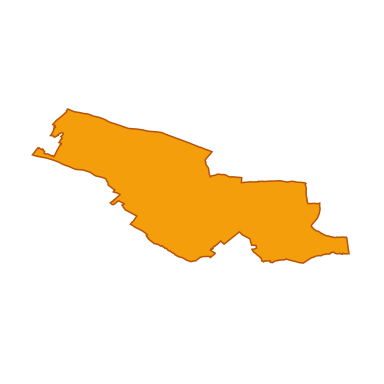 outline of Argetoaia, Dolj, Romania, rotated 186°
{"feature_id": "2599482B57573203776478", "entity_name": "Argetoaia", "entity_type": "district", "adm_level": 2, "iso_a3": "ROU", "parent_name": "Romania", "parent_adm1": "Dolj", "projection": "robinson", "projection_center": [23.353, 44.503], "detail": "fine", "context": "isolated", "style": "filled", "palette": "amber", "viewbox_px": 384, "rotation_deg": 186, "n_neighbors": 0, "source": "geoboundaries", "source_scale": "gbopen_adm2", "svg_char_len": 5996}
<svg xmlns="http://www.w3.org/2000/svg" viewBox="0 0 384 384"><g transform="rotate(186 192 192)"><path d="M323.3,261.3L323.9,261.3L324.6,261.4L325.1,259.1L325.3,259.1L325.2,258.9L325.2,258.6L325.5,258.2L325.7,257.9L326.2,257.3L326.8,257.0L327.5,256.0L329.4,253.9L331.7,251.6L334.5,248.9L337.6,244.5L335.1,243.7L336.1,242.3L334.7,242.0L336.1,240.4L336.2,240.0L336.2,238.4L337.1,236.6L337.2,235.9L337.5,235.1L338.6,233.4L335.2,233.1L335.1,232.3L334.1,232.2L331.0,234.5L331.3,234.9L330.7,235.3L330.0,236.1L328.8,236.7L327.8,237.6L326.5,237.1L326.2,236.7L326.4,235.5L326.5,235.2L327.8,233.8L328.2,233.5L326.9,232.1L327.3,231.6L327.0,231.2L328.0,230.3L328.5,229.5L328.8,228.3L329.5,227.3L326.8,226.6L327.2,225.3L327.9,225.4L330.9,218.4L332.8,212.8L333.7,213.0L334.2,213.5L334.8,213.6L334.9,213.3L335.5,213.2L338.4,214.5L339.5,214.8L340.9,214.5L341.6,214.6L343.1,215.1L343.0,215.5L342.8,217.0L343.1,217.3L344.1,217.7L344.6,218.9L345.0,219.1L345.4,218.6L347.0,218.9L348.8,220.0L349.4,219.4L349.9,219.8L353.6,213.8L354.6,212.3L352.1,211.7L350.2,211.4L346.5,211.1L345.3,210.9L340.5,210.6L333.1,209.2L327.1,207.6L323.4,206.0L322.3,205.7L316.8,204.4L310.8,202.5L309.4,202.3L303.1,202.5L302.0,202.4L295.1,200.9L290.6,198.4L289.7,198.0L283.4,197.2L281.0,196.7L279.3,196.2L279.0,195.9L277.8,193.9L276.4,192.4L276.2,190.3L275.5,189.8L275.4,189.6L274.6,189.2L269.9,186.4L269.1,186.2L270.3,183.9L268.2,183.5L266.5,183.3L265.9,182.9L265.7,183.1L265.1,182.7L263.5,182.0L263.2,181.8L268.1,176.6L268.9,176.0L268.9,175.6L269.3,175.1L269.6,175.0L269.7,174.5L270.3,174.4L270.6,173.9L271.1,173.6L271.6,172.9L272.0,172.7L270.2,171.2L269.2,171.1L267.5,172.2L267.2,172.6L264.2,175.6L258.1,173.2L259.2,172.2L260.3,171.6L260.0,171.3L259.7,171.4L258.8,169.9L257.1,167.8L256.1,167.1L251.7,165.4L244.4,162.3L247.4,156.6L248.4,155.9L249.9,153.5L247.3,152.5L246.0,151.5L244.6,150.9L237.2,148.1L234.3,146.4L233.0,145.4L232.0,144.9L231.9,144.7L232.9,143.8L231.9,142.6L231.6,142.1L231.1,142.0L230.7,141.8L230.6,141.7L230.9,141.5L230.9,141.2L227.8,138.9L225.5,137.7L224.5,136.7L224.0,136.9L222.7,136.5L221.5,136.5L220.6,136.1L220.0,136.3L219.5,136.2L218.2,135.2L217.7,134.9L217.1,135.0L216.3,135.6L216.1,135.6L215.8,135.0L214.7,134.3L214.7,134.2L214.3,134.1L213.7,134.1L213.4,133.6L213.0,133.2L211.5,133.2L210.4,132.0L209.1,131.2L207.4,130.8L204.8,129.3L203.2,128.9L203.0,128.7L202.6,128.0L199.2,126.5L198.3,126.2L196.3,126.0L194.0,125.4L190.0,123.6L185.8,122.6L183.2,123.5L181.0,124.0L177.3,127.6L177.0,127.9L176.1,128.0L175.6,128.5L174.8,128.8L173.6,129.1L172.2,129.1L171.6,129.4L167.3,129.7L167.3,129.1L167.0,128.7L163.6,132.0L162.9,132.8L162.5,133.6L163.5,134.1L167.6,135.9L167.7,136.3L166.9,137.6L166.4,137.1L166.2,137.1L166.0,137.4L165.2,137.7L165.1,138.0L165.4,138.6L165.0,139.1L164.9,139.7L164.5,140.3L163.9,140.2L161.9,142.4L161.7,142.2L159.9,144.3L158.4,146.2L154.6,143.5L140.7,157.3L140.3,157.1L138.4,155.3L136.9,154.4L134.4,153.5L129.4,151.4L129.0,150.4L128.6,148.8L127.9,147.3L127.7,146.6L127.2,145.2L125.2,145.4L124.2,145.8L123.3,145.3L122.5,145.3L122.1,143.5L121.8,143.2L122.2,143.0L122.5,142.6L123.4,142.2L124.1,141.7L126.4,141.3L125.6,140.0L124.2,138.7L120.6,136.4L120.3,136.0L118.2,134.8L116.9,133.7L116.2,133.4L116.3,133.1L116.1,132.6L115.7,131.7L115.5,130.8L114.9,130.6L113.9,130.5L113.8,130.1L113.6,130.0L113.3,130.5L112.1,130.8L112.1,131.1L108.4,131.4L107.3,131.9L107.1,130.9L106.8,130.2L105.9,130.4L105.1,130.1L104.6,130.1L103.4,131.0L102.9,131.8L101.8,132.1L100.8,132.6L99.8,132.6L99.6,132.9L99.0,133.1L97.7,133.4L93.0,134.2L92.6,134.3L91.6,135.2L88.1,134.5L82.2,133.7L80.9,133.6L78.3,133.0L77.3,132.9L75.6,133.1L74.4,132.8L73.6,133.2L72.3,134.1L71.3,135.1L67.8,137.8L67.1,138.6L65.0,139.6L64.2,139.9L61.7,141.4L60.9,141.5L59.0,142.0L56.8,142.1L56.1,142.8L55.8,143.0L54.7,143.5L52.7,144.0L52.1,144.4L49.9,144.5L48.5,144.7L48.4,145.4L48.2,145.6L47.6,145.8L47.2,146.5L46.7,146.3L45.9,146.7L45.0,147.0L44.3,146.8L44.1,146.4L43.4,146.3L43.2,146.0L41.8,145.7L39.9,145.9L39.4,146.0L39.1,146.4L38.4,146.3L37.9,146.0L36.7,146.0L35.8,145.8L35.7,146.0L35.7,146.6L34.7,146.7L34.3,146.4L32.9,146.7L32.4,146.5L30.9,146.8L29.4,146.9L33.3,162.6L33.6,163.1L36.3,162.8L37.3,163.0L37.7,163.0L39.3,162.5L39.8,162.5L40.7,162.3L43.4,162.2L44.2,161.9L44.6,161.7L44.9,161.6L48.5,162.0L49.6,162.0L51.4,162.5L53.0,162.5L55.1,162.9L58.5,164.3L59.2,164.3L59.7,164.8L60.7,165.4L62.7,166.2L63.3,166.3L64.1,166.2L66.0,167.4L66.4,167.5L66.7,167.9L67.5,168.2L68.6,169.5L69.2,169.7L69.6,170.1L69.8,170.6L69.8,170.8L69.5,171.7L69.0,172.6L64.6,178.9L64.1,180.8L63.3,183.3L63.1,184.9L62.9,187.6L62.9,188.7L63.6,191.6L63.8,194.3L64.7,193.9L66.7,193.4L69.1,193.5L70.5,193.3L71.7,193.0L74.2,192.8L75.5,192.6L75.9,193.6L76.2,194.0L76.6,195.6L77.1,196.1L76.9,196.4L76.9,197.0L78.1,200.7L78.3,201.7L78.4,202.7L78.3,203.1L78.6,203.5L78.5,203.8L78.8,207.7L79.3,208.2L79.2,209.0L80.1,210.9L80.2,211.6L80.2,211.9L79.6,212.0L79.5,212.3L79.7,212.5L80.6,212.8L83.2,213.0L87.9,212.8L89.6,212.8L91.1,213.1L92.6,213.1L93.8,213.1L97.4,212.1L99.3,211.8L102.4,212.2L105.4,212.4L111.6,211.5L114.4,211.2L121.7,209.9L122.3,210.1L123.6,210.0L125.1,209.6L126.9,209.6L126.9,209.1L132.1,208.4L135.9,208.1L138.3,207.5L141.0,207.1L143.3,206.5L143.9,206.5L144.0,211.4L144.6,211.5L153.9,211.3L155.6,210.9L156.6,211.0L157.6,211.3L159.8,212.3L161.2,212.6L163.4,212.6L163.8,212.4L165.1,212.4L167.1,212.6L168.7,212.3L170.2,211.4L171.1,211.0L173.7,210.3L174.6,209.8L175.4,209.0L176.5,211.4L177.2,213.6L177.9,216.8L178.6,218.1L180.1,219.7L180.7,220.5L181.2,221.4L181.6,222.5L181.3,223.2L182.1,224.3L182.2,225.0L181.4,226.8L177.6,232.0L176.3,234.2L185.0,236.4L187.8,237.3L189.9,237.6L200.8,240.7L223.6,246.5L227.8,247.8L229.2,248.0L233.3,248.1L241.8,247.9L243.7,248.1L244.8,248.3L247.6,248.6L252.8,248.8L261.9,248.6L276.4,251.9L278.4,252.2L281.3,252.9L282.7,253.4L286.0,254.9L289.0,255.8L292.7,256.6L298.1,257.2L299.3,257.5L301.5,258.2L303.4,258.6L305.3,258.8L307.6,258.7L311.4,259.2L317.1,259.5L319.3,260.0L323.3,261.3Z" fill="#f59e0b" stroke="#b45309" stroke-width="1.5"/></g></svg>